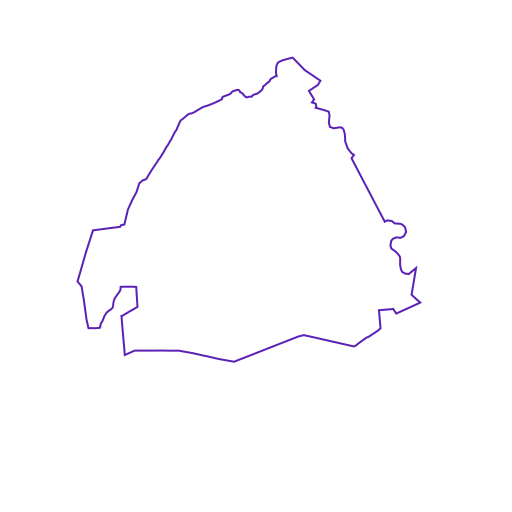 the district of Frumuseni, Arad, Romania, rotated 45°
{"feature_id": "2599482B78271003832809", "entity_name": "Frumuseni", "entity_type": "district", "adm_level": 2, "iso_a3": "ROU", "parent_name": "Romania", "parent_adm1": "Arad", "projection": "mercator", "projection_center": [21.441, 46.085], "detail": "fine", "context": "isolated", "style": "outline", "palette": "violet", "viewbox_px": 512, "rotation_deg": 45, "n_neighbors": 0, "source": "geoboundaries", "source_scale": "gbopen_adm2", "svg_char_len": 3721}
<svg xmlns="http://www.w3.org/2000/svg" viewBox="0 0 512 512"><g transform="rotate(45 256 256)"><path d="M314.6,346.7L315.3,346.3L316.8,342.6L322.6,329.5L327.3,318.6L343.0,282.7L344.4,280.5L345.7,278.2L356.2,271.5L388.9,250.9L389.8,249.3L390.4,244.5L391.2,239.2L391.9,235.3L392.7,233.8L395.1,222.1L395.1,219.0L381.3,207.4L389.3,197.9L390.4,196.4L392.0,196.8L395.9,197.5L405.1,172.8L403.3,172.9L400.5,173.1L397.4,173.2L393.4,173.4L387.1,164.5L377.7,151.4L376.7,160.9L375.1,162.0L373.6,163.1L370.4,163.9L367.7,162.8L364.2,160.4L359.6,155.7L358.1,154.7L354.9,154.2L351.1,154.2L346.5,155.0L343.8,153.7L340.9,149.7L340.6,147.2L342.1,143.5L343.7,142.3L345.3,141.0L345.9,139.5L346.5,137.6L346.1,135.8L345.1,132.8L342.5,131.1L340.4,130.2L337.4,130.3L335.4,131.1L331.0,134.9L327.2,135.2L323.5,138.2L322.8,140.7L298.7,133.2L273.8,125.4L254.4,119.3L253.8,115.3L250.6,115.8L244.8,115.1L238.2,112.0L235.8,109.8L232.6,107.0L228.9,104.8L226.3,104.4L224.2,105.8L220.7,110.7L217.1,112.4L213.3,110.3L208.6,104.6L205.3,102.5L200.4,105.0L193.4,109.0L192.9,107.6L190.6,106.1L189.5,106.5L187.0,107.9L186.4,104.2L176.7,101.8L178.8,91.3L177.6,86.5L167.1,88.5L158.9,90.1L148.3,89.9L141.6,89.9L138.5,95.1L136.2,99.2L136.0,100.2L135.2,101.9L134.8,103.1L135.2,105.2L136.4,107.7L140.4,112.2L143.4,114.2L142.6,115.3L141.7,118.8L141.3,120.0L141.4,121.5L142.1,122.8L141.8,123.8L141.9,125.1L141.5,126.0L141.5,127.3L141.6,129.1L141.2,130.2L141.3,131.2L142.2,132.6L142.6,133.8L142.8,135.3L142.5,136.4L142.6,137.8L142.2,139.5L142.0,140.7L141.4,141.3L141.2,142.0L140.6,142.9L140.1,144.5L140.2,145.8L140.3,146.5L139.1,147.5L138.3,148.6L137.8,149.6L137.2,150.5L135.8,150.9L134.3,150.9L131.6,150.6L130.0,150.9L129.2,151.4L127.6,150.8L126.3,150.9L125.2,151.8L124.6,153.1L123.3,155.5L123.0,156.8L123.0,157.7L123.2,159.0L123.1,159.9L122.7,160.9L121.7,163.1L120.8,165.0L120.1,166.5L120.0,167.7L120.9,168.9L120.9,169.7L119.1,175.1L117.7,178.7L115.7,183.3L113.7,187.0L112.9,189.1L111.4,194.8L110.9,196.9L110.8,197.8L109.5,200.9L108.2,202.6L107.7,204.9L107.5,208.7L106.9,213.5L108.0,216.7L109.9,221.5L110.7,223.4L110.8,224.9L111.7,227.9L112.7,231.0L113.8,233.9L113.9,235.3L115.4,240.3L115.5,241.8L117.4,248.7L118.8,254.9L119.0,256.8L119.8,260.5L121.5,269.1L122.2,272.2L122.9,275.1L123.7,277.9L123.9,279.7L123.2,281.0L122.4,282.5L122.1,287.2L126.4,295.5L128.8,303.7L132.6,313.7L140.7,326.9L138.8,329.5L139.3,331.4L122.6,353.1L133.1,373.6L135.4,377.7L140.5,386.9L147.8,400.2L154.1,400.8L154.4,401.0L165.6,409.0L181.4,421.0L186.2,424.0L188.3,425.4L188.6,425.5L190.4,423.6L193.5,420.6L195.2,418.6L196.4,417.0L196.0,416.3L195.8,416.0L195.3,415.6L195.0,414.9L194.6,414.4L194.2,413.7L194.0,413.2L193.7,412.0L193.6,411.2L193.4,410.7L193.2,410.1L192.9,409.3L192.4,408.2L191.9,407.1L191.4,405.9L191.1,404.8L190.7,403.0L190.5,402.1L190.4,401.3L190.6,400.3L190.5,400.0L190.5,399.7L190.6,399.2L190.7,398.8L190.7,398.3L190.8,397.8L191.0,397.2L191.1,396.7L191.2,395.7L191.2,395.1L191.2,394.3L191.0,393.7L190.7,393.2L190.5,392.9L189.9,391.9L188.8,390.6L188.1,389.7L187.8,389.2L187.3,388.4L187.0,388.0L186.6,387.1L186.2,386.2L185.8,384.8L185.7,383.7L185.5,383.0L185.2,381.0L185.1,379.8L184.8,378.7L184.7,377.9L184.4,376.6L184.1,376.0L183.7,375.4L183.5,375.1L182.1,373.5L183.2,372.3L191.3,364.2L193.2,362.6L196.6,365.6L199.5,368.2L202.2,370.5L208.2,375.8L205.5,385.8L203.6,393.5L203.4,393.6L207.5,397.1L214.2,402.8L216.5,404.7L223.0,410.2L224.6,411.5L229.5,415.6L233.2,418.8L233.6,417.9L234.1,416.5L235.7,412.3L237.1,408.7L243.6,402.2L245.8,400.0L252.3,393.5L255.0,390.7L263.0,382.9L265.7,380.2L268.5,377.4L272.3,374.8L273.4,374.0L278.7,370.3L280.0,369.4L288.9,363.8L291.7,361.9L293.0,361.1L299.4,357.1L302.7,355.0L314.6,346.7Z" fill="none" stroke="#5b21b6" stroke-width="2"/></g></svg>